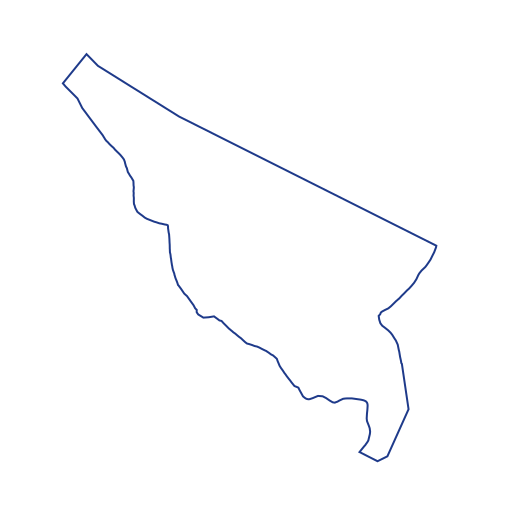 Bagatelle, Castries, Saint Lucia, rotated 176°
{"feature_id": "8701671B55457269732014", "entity_name": "Bagatelle", "entity_type": "district", "adm_level": 2, "iso_a3": "LCA", "parent_name": "Saint Lucia", "parent_adm1": "Castries", "projection": "mercator", "projection_center": [-60.981, 13.998], "detail": "fine", "context": "isolated", "style": "outline", "palette": "blue", "viewbox_px": 512, "rotation_deg": 176, "n_neighbors": 0, "source": "geoboundaries", "source_scale": "gbopen_adm2", "svg_char_len": 3728}
<svg xmlns="http://www.w3.org/2000/svg" viewBox="0 0 512 512"><g transform="rotate(176 256 256)"><path d="M400.4,387.0L400.1,386.4L399.9,385.9L399.1,384.5L398.6,383.4L397.5,381.6L396.6,380.6L395.9,379.9L394.3,377.8L392.3,375.6L391.6,374.9L390.6,373.9L389.6,372.5L389.3,372.0L388.2,370.8L387.9,370.4L385.8,368.1L384.2,366.2L382.4,363.7L381.0,361.5L380.3,359.1L380.1,357.6L379.9,356.7L379.6,355.1L379.4,354.3L378.7,352.6L378.0,348.8L377.6,348.0L377.0,346.9L376.1,345.0L374.9,343.1L373.1,339.5L373.1,337.5L373.2,335.5L373.2,334.4L373.1,333.8L373.1,332.7L373.5,330.2L373.7,329.3L373.6,327.4L373.9,324.9L373.8,322.4L374.1,318.7L374.1,317.6L374.1,316.4L373.7,315.2L373.5,314.5L373.3,313.4L372.9,312.0L371.3,308.4L370.3,307.4L368.4,305.7L366.7,304.3L364.2,302.0L362.2,300.7L360.3,299.8L355.1,297.3L353.1,296.6L350.5,295.5L350.0,295.3L347.9,294.8L346.7,294.4L344.8,293.8L343.0,293.4L341.9,292.8L341.7,291.7L341.8,289.8L341.7,288.6L341.5,285.6L341.2,283.6L341.2,282.8L341.2,281.3L341.2,280.0L341.2,278.9L341.3,275.5L341.3,273.5L341.4,271.2L341.5,269.7L341.5,268.6L341.6,265.7L341.3,264.0L341.2,263.0L341.1,260.4L340.9,258.9L340.9,258.3L340.7,255.2L340.6,254.3L340.5,252.9L340.3,251.7L340.2,250.2L340.0,248.9L339.9,248.1L339.2,245.6L338.8,244.3L338.6,242.7L338.3,241.6L338.0,240.1L337.5,238.4L337.2,237.6L336.4,235.0L336.2,234.2L335.8,232.5L335.4,232.1L333.1,228.5L330.2,223.5L328.2,221.4L327.6,220.8L327.3,220.3L324.2,215.2L322.0,211.7L321.7,211.2L321.5,210.7L320.3,208.0L319.6,207.2L318.9,206.4L319.0,205.1L319.1,204.2L318.9,203.7L317.7,201.7L312.8,198.2L307.5,198.2L302.1,198.7L299.4,196.4L299.0,196.1L297.0,194.3L296.1,194.0L294.9,193.6L294.5,193.1L293.2,191.4L290.3,188.1L289.3,186.9L287.9,185.3L287.1,184.6L286.1,183.6L284.6,182.2L284.1,181.6L283.6,181.2L282.1,180.0L281.1,179.0L280.3,178.2L278.4,176.4L277.9,176.0L276.7,175.0L274.6,172.7L272.8,170.8L271.1,169.3L269.2,168.7L266.2,167.5L263.7,166.3L262.7,166.0L261.3,165.6L259.0,164.4L256.3,162.7L254.9,161.9L254.4,161.6L253.7,161.2L252.2,160.4L251.7,159.9L250.2,158.8L247.9,156.8L246.9,156.2L246.0,155.7L244.3,154.0L242.4,152.0L241.7,149.5L240.9,147.2L240.6,146.3L240.4,145.7L240.2,145.0L239.0,142.7L237.2,139.8L236.3,138.2L235.7,137.1L234.9,136.0L233.8,134.1L232.6,132.3L231.6,130.8L230.6,129.4L229.3,127.3L228.5,126.2L228.1,125.6L227.6,124.9L226.7,123.6L223.8,122.2L222.9,121.7L222.0,119.4L218.9,112.7L217.2,111.1L216.0,110.2L215.1,109.8L214.0,109.5L213.3,109.4L212.3,109.5L209.2,110.3L207.2,111.0L203.9,112.1L199.3,111.4L196.0,109.4L192.5,106.6L189.7,104.7L188.9,104.5L187.6,104.2L186.5,104.6L184.9,105.0L183.5,105.7L182.9,106.0L180.8,106.8L179.0,107.5L178.2,107.5L177.3,107.6L174.7,107.6L172.0,107.4L170.0,107.2L163.4,105.8L162.4,105.6L160.8,105.2L158.6,104.5L156.7,103.5L155.7,102.3L155.4,101.7L155.1,100.4L155.1,98.8L155.4,96.5L155.7,94.4L156.3,91.0L156.9,86.3L156.8,83.7L156.4,82.3L155.5,79.5L155.0,77.8L154.6,76.2L154.5,74.4L154.4,73.0L154.6,71.6L154.9,70.2L156.8,64.2L157.3,63.4L158.1,62.3L159.7,60.4L160.2,59.7L161.4,58.6L162.4,57.5L164.2,55.6L166.4,53.2L149.1,42.8L138.9,47.0L114.5,92.5L118.0,138.2L118.5,139.0L118.7,141.3L119.3,145.3L119.8,150.7L120.1,152.2L120.8,157.7L122.4,162.0L123.5,163.9L125.6,167.9L127.1,170.1L129.3,172.6L132.8,175.8L134.9,177.6L136.6,180.2L137.5,183.8L137.8,187.7L136.2,189.2L135.4,190.9L134.1,191.8L131.0,193.2L127.7,194.5L125.0,196.4L122.3,198.7L119.4,201.2L115.8,203.9L113.4,206.2L110.9,208.3L107.7,211.2L105.6,212.8L103.0,215.3L100.2,218.2L97.6,221.7L95.4,225.7L94.3,227.3L91.8,230.0L87.9,233.2L86.4,234.9L84.3,237.5L82.2,240.2L80.0,244.0L78.0,247.3L75.8,252.1L75.4,253.7L322.9,400.4L400.4,456.7L411.0,469.2L436.6,441.7L434.1,438.3L423.1,425.6L419.0,415.7L406.5,396.3L400.4,387.0Z" fill="none" stroke="#1e3a8a" stroke-width="2"/></g></svg>